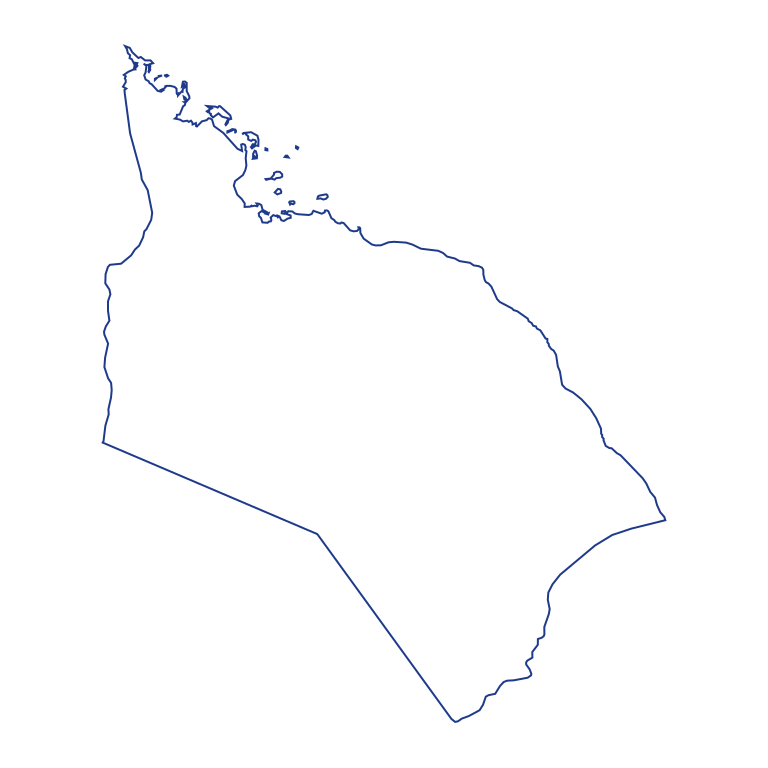 Araeta, Debubawi Keyih Bahri, Eritrea
{"feature_id": "51966322B42999406046920", "entity_name": "Araeta", "entity_type": "district", "adm_level": 2, "iso_a3": "ERI", "parent_name": "Eritrea", "parent_adm1": "Debubawi Keyih Bahri", "projection": "mercator", "projection_center": [40.88, 14.412], "detail": "fine", "context": "isolated", "style": "outline", "palette": "blue", "viewbox_px": 768, "rotation_deg": 0, "n_neighbors": 0, "source": "geoboundaries", "source_scale": "gbopen_adm2", "svg_char_len": 6042}
<svg xmlns="http://www.w3.org/2000/svg" viewBox="0 0 768 768"><path d="M665.3,520.2L664.3,516.9L660.3,512.3L657.0,505.0L655.0,497.6L650.2,491.8L646.3,483.5L642.6,478.2L620.5,455.2L616.8,453.1L611.7,448.3L609.3,448.0L605.7,445.9L603.5,440.2L603.7,438.8L602.1,436.9L602.2,435.0L601.2,433.8L601.0,428.7L596.2,418.2L590.4,409.0L581.5,399.3L573.1,392.5L565.5,388.5L562.1,384.7L559.9,371.4L557.8,366.3L556.1,354.9L553.7,350.6L551.2,349.0L548.9,345.8L548.7,343.8L547.4,342.4L547.3,338.9L545.6,338.6L540.4,330.4L536.8,328.5L536.0,326.5L533.1,325.7L531.7,323.1L528.7,321.2L527.8,318.7L517.2,311.2L513.6,310.1L512.0,308.4L499.8,302.0L497.1,299.1L491.4,286.7L488.5,283.5L485.9,282.1L484.7,279.9L483.4,274.7L483.3,269.9L482.0,267.7L478.6,266.1L473.7,265.4L470.0,262.8L459.5,261.1L454.9,258.5L447.1,256.6L443.1,253.0L438.3,250.8L420.9,248.7L412.5,244.6L406.1,242.6L394.0,241.8L388.6,242.3L380.9,245.3L375.5,245.4L371.9,244.5L363.6,238.6L360.4,233.0L360.2,228.2L359.5,227.4L358.4,227.3L358.8,229.3L356.9,231.0L353.4,231.3L350.1,230.3L343.6,223.0L341.4,222.5L340.5,223.5L338.0,223.3L335.4,221.8L334.2,220.0L331.4,218.2L328.4,211.3L326.8,210.4L324.9,210.6L324.7,212.3L321.7,213.7L313.4,210.8L311.7,214.0L308.9,215.0L297.6,214.2L294.7,213.4L292.5,211.5L288.3,211.2L286.4,214.0L290.6,215.5L290.7,217.8L287.6,218.6L283.8,221.0L281.3,220.2L279.5,216.4L277.9,215.8L277.5,216.5L278.3,217.0L277.8,217.3L276.9,215.5L275.7,216.0L273.3,215.1L270.7,217.5L271.4,220.1L270.8,221.4L269.0,221.5L267.6,222.8L262.4,222.4L260.9,217.8L259.2,216.3L258.7,213.3L261.4,211.2L265.7,212.8L266.7,212.0L262.6,209.8L261.3,205.1L259.2,203.8L256.6,203.5L257.8,205.3L257.3,206.3L254.5,205.7L251.9,206.3L251.5,205.7L249.9,206.7L244.6,206.9L244.7,203.4L241.8,199.1L237.2,194.6L233.8,185.6L235.1,181.1L242.9,175.1L245.3,170.2L246.4,165.6L245.7,158.1L246.5,151.2L245.3,150.0L245.7,147.0L244.8,144.7L242.7,144.0L241.2,144.6L242.1,151.0L237.4,148.7L223.3,132.9L214.0,126.1L212.1,119.8L210.4,118.5L208.5,118.3L206.6,120.2L202.0,121.3L196.9,126.5L196.1,126.1L195.9,123.1L192.6,124.5L192.4,122.6L191.0,120.7L188.8,121.9L187.3,120.7L183.0,121.4L180.0,119.6L174.9,118.6L176.6,117.3L177.0,114.8L179.7,114.5L183.1,106.3L184.8,105.2L185.4,102.8L184.3,102.1L185.1,102.0L186.1,100.2L184.4,99.4L183.8,96.7L185.5,97.8L186.4,100.0L187.4,99.1L186.8,100.3L186.8,101.2L189.5,98.2L189.2,96.1L186.7,91.1L186.7,82.8L184.8,81.5L182.9,81.7L181.9,86.9L183.7,86.1L184.1,83.2L185.2,87.1L182.8,89.0L182.5,91.8L181.7,91.4L178.1,95.4L178.2,93.4L177.1,94.0L176.7,93.3L176.5,88.6L174.5,86.9L170.5,85.9L166.3,85.9L164.4,86.6L166.2,86.4L164.3,88.4L159.7,90.4L162.7,90.6L161.1,91.7L157.7,90.9L151.6,84.2L149.6,83.2L148.7,81.3L145.6,79.5L144.2,75.3L145.6,72.4L146.4,65.7L143.6,63.8L146.3,65.2L149.0,64.6L148.9,69.8L149.5,70.0L148.5,71.6L148.9,72.1L150.3,69.8L149.6,67.2L150.3,66.9L150.1,64.1L153.1,63.2L150.5,60.4L145.1,60.4L140.8,57.0L138.4,58.0L132.3,52.3L129.8,47.9L125.1,46.1L126.9,49.1L127.9,53.2L130.1,55.2L129.6,58.2L131.8,59.2L134.2,64.1L135.1,63.8L134.8,62.7L137.3,63.1L136.6,64.4L137.5,65.7L135.7,67.9L136.3,65.4L134.8,64.6L133.9,68.6L134.7,67.7L135.4,69.4L133.5,69.5L128.5,71.7L123.8,74.9L125.8,76.4L124.8,78.3L125.7,80.1L125.7,82.3L123.0,86.7L126.3,88.6L124.5,89.9L124.7,93.0L130.1,133.4L140.8,172.6L141.8,179.5L147.7,190.2L152.2,212.8L151.2,219.8L146.5,229.1L144.3,231.4L143.1,237.3L139.1,245.7L134.9,249.6L131.2,255.3L121.1,263.7L109.9,264.8L107.9,267.0L105.6,274.1L105.3,283.3L109.4,289.5L110.4,294.3L108.0,301.3L108.0,310.7L109.4,320.7L105.8,326.5L104.0,331.7L104.4,334.7L108.1,343.6L105.1,357.7L104.4,367.1L108.1,378.3L111.1,382.9L111.7,390.2L111.0,397.6L108.4,409.3L108.7,414.4L105.4,425.6L103.5,441.2L102.7,442.6L317.3,534.1L451.4,718.9L455.1,721.9L458.0,721.3L461.8,718.6L468.7,716.1L479.6,710.2L483.0,704.8L485.8,696.7L488.5,695.2L495.2,693.8L500.0,686.0L503.7,682.0L507.0,680.7L513.9,680.3L527.7,677.7L531.1,675.3L531.3,673.7L529.7,669.5L526.2,664.5L526.1,662.6L527.2,660.7L532.4,657.6L532.3,652.0L537.8,644.8L537.9,639.0L541.6,637.8L543.7,636.2L544.4,634.4L544.3,627.0L548.8,614.1L549.7,609.1L547.8,599.8L548.3,592.6L552.5,584.3L560.2,574.6L595.0,545.5L612.2,535.0L631.4,528.6L665.3,520.2ZM215.7,106.7L206.9,106.0L209.5,108.1L210.9,107.4L212.0,108.2L206.8,111.3L207.7,112.1L209.1,111.2L209.6,113.5L210.9,113.9L210.8,115.2L213.0,117.4L218.5,113.4L222.2,116.7L228.4,118.4L225.4,124.4L225.9,125.1L227.8,122.8L228.5,119.7L231.2,118.9L230.3,115.4L220.1,106.2L219.1,106.1L217.7,107.6L215.7,106.7ZM251.1,132.2L243.4,133.0L242.3,134.4L243.9,133.2L246.3,133.6L246.2,134.6L248.2,136.3L248.2,139.5L251.2,140.9L252.9,139.6L255.4,140.3L256.0,141.9L254.7,144.6L252.8,144.2L252.2,145.1L254.5,145.8L251.0,147.1L252.0,148.4L255.8,145.5L258.3,145.9L258.5,139.7L257.4,135.7L251.1,132.2ZM266.1,179.8L271.3,178.6L274.6,179.6L276.3,178.1L280.2,177.7L282.2,176.6L282.2,174.3L279.8,171.9L276.8,171.7L274.0,173.0L274.0,174.6L270.7,178.5L265.6,179.1L266.1,179.8ZM326.1,194.3L319.3,195.6L317.9,196.5L317.4,198.8L320.5,198.4L323.4,199.5L326.0,198.8L327.8,196.9L327.3,195.0L326.1,194.3ZM278.0,188.9L274.7,192.4L277.3,194.4L281.0,193.0L281.3,191.7L280.3,189.3L278.0,188.9ZM257.1,155.7L255.9,151.3L254.7,150.7L253.1,153.9L253.1,156.5L254.1,155.8L255.9,157.4L253.3,157.5L252.8,158.8L256.8,158.3L257.1,155.7ZM293.6,201.2L289.8,201.5L289.2,202.3L290.1,204.5L290.8,203.7L293.2,204.2L294.4,203.4L294.5,202.1L293.6,201.2ZM285.3,211.0L281.9,211.4L281.7,213.3L284.3,213.8L285.8,211.9L285.3,211.0ZM288.6,157.5L287.3,155.7L285.7,155.7L284.7,157.0L288.6,157.5ZM235.4,129.6L232.3,129.1L230.1,130.2L235.0,129.8L235.6,132.0L234.4,132.3L235.2,132.5L235.9,131.9L236.0,130.9L235.4,129.6ZM297.6,149.1L298.3,147.5L296.1,146.3L295.9,148.0L297.6,149.1ZM265.4,150.1L267.4,150.4L267.3,149.0L265.5,148.3L265.4,150.1ZM230.9,131.0L229.9,130.4L227.4,131.2L227.4,132.5L230.9,131.0ZM168.2,75.7L167.0,74.8L164.1,75.5L167.4,76.0L165.4,76.4L166.5,76.7L168.2,75.7ZM158.6,76.8L162.1,75.5L157.7,76.1L158.7,76.1L158.6,76.8ZM268.2,214.5L268.7,213.1L266.3,213.9L268.2,214.5ZM154.9,80.0L157.5,77.5L154.9,78.7L154.9,80.0Z" fill="none" stroke="#1e3a8a" stroke-width="2"/></svg>